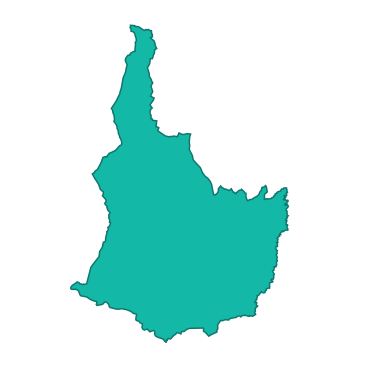 Wat Sing, Chai Nat, Thailand, rotated 101°
{"feature_id": "78962969B4118502895229", "entity_name": "Wat Sing", "entity_type": "district", "adm_level": 2, "iso_a3": "THA", "parent_name": "Thailand", "parent_adm1": "Chai Nat", "projection": "orthographic", "projection_center": [99.951, 15.22], "detail": "fine", "context": "isolated", "style": "filled", "palette": "teal", "viewbox_px": 384, "rotation_deg": 101, "n_neighbors": 0, "source": "geoboundaries", "source_scale": "gbopen_adm2", "svg_char_len": 6006}
<svg xmlns="http://www.w3.org/2000/svg" viewBox="0 0 384 384"><g transform="rotate(101 192 192)"><path d="M302.2,287.7L303.0,288.1L306.5,291.7L308.6,292.7L309.9,292.6L310.5,291.6L309.8,287.6L310.0,285.5L311.1,284.3L314.2,282.4L315.1,281.3L315.1,275.3L316.9,271.2L317.7,267.3L317.7,265.1L318.5,264.2L320.7,264.5L321.5,263.7L319.6,258.9L318.9,258.0L316.7,256.7L316.3,255.0L318.4,252.2L320.4,251.3L321.0,250.4L321.4,244.1L320.8,240.8L320.0,239.0L320.0,233.8L320.8,229.3L322.4,226.3L322.3,223.8L323.3,222.9L325.5,223.1L328.2,222.7L328.8,221.8L329.0,219.4L330.3,218.0L330.9,215.5L334.5,215.2L335.9,214.2L336.6,212.5L335.4,210.3L335.3,209.5L337.3,206.7L335.5,203.9L335.4,202.6L336.5,201.8L338.9,201.5L340.4,200.1L341.0,198.1L341.9,192.2L343.9,190.0L344.4,189.0L344.2,188.6L342.3,188.8L342.5,188.1L340.2,187.4L340.5,185.3L340.2,184.9L336.5,182.7L334.8,181.0L333.0,179.9L332.9,178.3L333.4,175.8L332.3,175.8L330.8,175.2L330.5,173.3L327.7,170.8L326.3,168.4L323.4,155.0L324.0,154.5L325.5,154.4L326.6,154.0L327.1,152.2L330.3,148.0L328.3,145.8L324.7,140.8L323.4,141.4L322.0,140.7L320.7,140.7L317.6,141.5L312.7,139.4L312.6,137.7L310.8,134.6L310.9,133.1L310.5,131.3L309.4,131.0L308.7,130.1L306.6,124.6L305.5,123.8L304.9,122.9L304.5,121.5L304.8,120.8L305.2,120.7L305.3,120.2L304.7,120.0L303.8,119.1L303.2,117.5L303.2,116.7L302.8,116.3L303.2,112.7L303.0,111.7L302.4,111.6L302.3,111.2L302.2,109.8L302.4,108.7L300.0,106.2L298.0,107.7L297.0,107.0L295.6,107.6L294.8,107.4L293.9,107.7L291.8,105.9L291.3,105.9L291.0,107.3L288.4,107.3L288.5,108.8L288.2,109.4L287.0,108.4L285.6,108.7L285.2,107.9L283.6,108.1L282.3,107.8L281.5,108.3L280.5,106.8L276.7,104.9L277.3,103.9L277.4,102.4L276.7,101.2L274.8,101.1L274.1,100.2L273.1,100.5L272.3,99.8L271.7,98.7L271.7,97.6L270.0,97.6L268.9,98.1L266.3,98.4L265.0,95.8L264.5,95.5L264.0,96.0L263.6,97.3L262.9,97.6L262.4,97.3L262.2,95.8L261.8,95.5L259.7,95.5L258.5,96.0L257.0,95.5L254.7,97.7L253.9,97.9L253.2,96.7L252.2,96.9L251.0,96.6L249.8,97.2L249.4,95.4L249.1,95.2L248.4,95.6L247.4,94.9L245.3,95.7L243.2,95.1L242.2,96.0L239.9,95.8L237.5,97.4L236.1,96.6L235.2,97.2L233.1,97.1L232.5,98.4L229.8,99.3L229.3,98.9L229.2,97.8L228.9,97.7L227.6,98.2L226.8,98.1L225.4,99.3L224.9,98.1L223.8,98.8L222.2,98.5L221.1,99.7L220.5,98.9L218.9,98.4L218.7,97.6L216.9,98.0L216.6,97.7L217.0,97.2L216.9,96.8L216.0,97.4L214.9,97.3L214.1,96.2L213.0,96.0L213.4,95.3L213.3,94.4L212.4,93.9L211.5,92.8L211.2,90.7L209.6,91.0L209.1,91.9L208.2,92.1L206.3,91.8L206.0,92.0L206.1,93.3L204.9,93.7L202.6,93.4L202.2,94.7L201.7,94.6L201.6,93.7L200.5,94.4L199.3,93.5L198.5,94.2L197.0,93.0L196.7,93.9L195.8,94.5L194.8,94.5L194.0,95.0L192.8,94.9L192.1,96.0L191.1,96.4L188.2,94.8L187.3,94.9L186.1,96.3L187.2,97.6L186.6,98.7L185.7,98.0L185.0,96.7L184.2,96.9L182.6,95.9L181.8,96.5L182.3,97.8L181.7,98.8L182.1,100.1L181.8,100.7L179.6,99.1L179.0,100.7L178.0,100.8L177.5,100.2L178.3,99.1L177.0,98.4L175.1,99.2L174.2,98.2L173.0,99.0L171.3,99.3L170.6,100.1L170.0,100.1L170.5,102.6L171.9,103.4L172.0,104.7L174.2,105.3L175.2,107.5L176.4,108.6L177.2,108.4L177.5,109.3L178.1,110.0L179.4,110.0L180.4,111.0L181.1,111.0L182.1,111.7L182.6,112.8L183.2,113.0L183.9,114.0L184.5,117.9L185.3,118.5L185.4,119.5L181.0,120.3L179.9,120.0L178.1,118.4L177.4,118.2L173.4,119.7L171.6,120.9L173.6,122.5L173.9,123.9L174.9,124.3L177.0,124.3L179.1,125.4L181.5,125.8L183.4,126.9L184.1,128.0L185.0,128.4L185.2,129.3L187.5,131.5L188.1,132.4L188.4,133.9L189.9,135.5L189.2,136.5L187.1,137.8L185.0,138.5L183.0,138.7L182.9,139.9L181.5,141.2L179.9,144.0L180.9,144.5L181.2,145.6L182.2,146.8L183.2,147.3L184.3,148.5L185.0,148.4L185.3,149.1L184.1,151.1L184.3,151.6L181.3,154.0L183.4,155.7L183.4,156.6L182.7,159.3L183.0,160.1L182.3,162.2L181.7,163.8L180.6,165.0L183.7,166.7L185.0,166.4L187.5,166.5L190.1,168.1L190.0,168.7L190.6,169.2L190.5,170.3L180.9,174.2L178.4,175.9L175.6,179.0L173.8,182.5L170.8,185.6L166.6,188.4L160.7,196.4L159.5,197.3L156.0,198.7L150.6,202.9L146.7,203.1L144.1,204.1L138.5,204.8L135.4,204.4L135.7,208.0L136.8,210.3L137.4,212.5L136.5,216.0L140.4,216.9L140.7,221.2L141.6,222.7L141.6,224.0L142.3,225.2L142.0,229.1L138.4,237.4L135.3,236.8L134.8,238.3L134.8,239.8L128.9,240.2L129.1,244.5L127.9,244.9L127.9,246.2L124.6,246.8L124.0,247.4L121.8,248.6L118.8,248.3L117.1,247.1L114.5,249.9L109.5,247.6L107.0,247.1L105.9,251.0L100.9,249.7L95.9,252.5L92.3,251.4L90.4,253.1L88.9,253.8L86.6,256.0L84.1,256.5L78.2,259.6L76.8,258.8L73.8,258.0L69.2,258.4L68.6,256.3L64.9,256.0L63.2,255.4L59.6,255.8L57.9,254.0L55.0,256.2L53.8,256.4L51.0,258.0L48.6,262.4L47.2,260.4L46.6,260.8L44.9,260.9L44.4,261.8L41.4,262.6L41.4,265.3L40.8,265.6L41.6,268.0L41.3,268.4L42.6,269.8L40.3,275.1L40.0,276.5L40.3,279.8L39.6,280.0L40.1,284.2L41.0,283.8L42.3,284.2L43.8,282.9L45.8,282.5L45.9,280.5L46.6,279.2L48.5,277.8L49.4,277.6L51.5,276.3L53.7,275.6L54.9,275.6L55.9,276.3L57.9,275.6L63.8,275.1L64.6,274.7L65.8,276.9L67.3,278.6L68.3,279.2L69.6,279.2L70.0,281.0L72.9,282.4L75.1,282.7L76.0,282.4L79.7,279.8L82.5,280.2L87.1,280.1L93.4,281.4L103.6,281.2L107.4,281.7L109.2,281.6L117.7,283.9L125.3,287.1L126.9,285.6L129.5,284.6L131.8,283.1L135.9,281.8L137.5,282.2L140.6,278.9L142.6,277.9L143.8,277.7L145.7,276.3L148.5,275.4L150.6,274.0L152.3,273.3L153.2,272.3L155.4,271.0L157.3,270.2L159.0,270.3L159.4,270.5L160.3,271.8L165.4,274.8L167.2,276.8L169.9,280.7L172.6,282.1L173.9,282.3L174.0,284.2L175.0,286.0L180.4,286.8L187.8,289.1L190.3,291.3L191.4,291.4L193.2,293.3L197.0,290.2L202.2,285.2L207.0,282.4L208.9,279.0L211.4,278.7L212.8,279.2L215.5,275.6L216.5,274.8L218.1,274.6L219.5,275.4L220.5,275.1L222.4,272.5L223.3,272.6L225.9,271.1L228.1,268.4L230.0,269.2L231.1,269.2L232.3,268.5L232.9,268.9L236.0,267.1L237.4,267.3L238.0,266.0L240.9,266.4L242.9,267.9L244.4,266.9L246.4,267.5L247.3,268.1L248.5,267.7L253.1,268.0L256.5,267.6L257.4,268.0L258.3,269.4L258.6,269.1L260.9,269.7L261.2,269.2L264.2,269.8L268.1,271.3L273.1,270.9L283.5,276.2L285.5,276.9L302.2,277.9L303.1,279.6L303.1,280.8L303.7,281.4L303.4,283.4L303.5,284.6L302.5,285.7L302.2,287.7Z" fill="#14b8a6" stroke="#0f766e" stroke-width="1.5"/></g></svg>